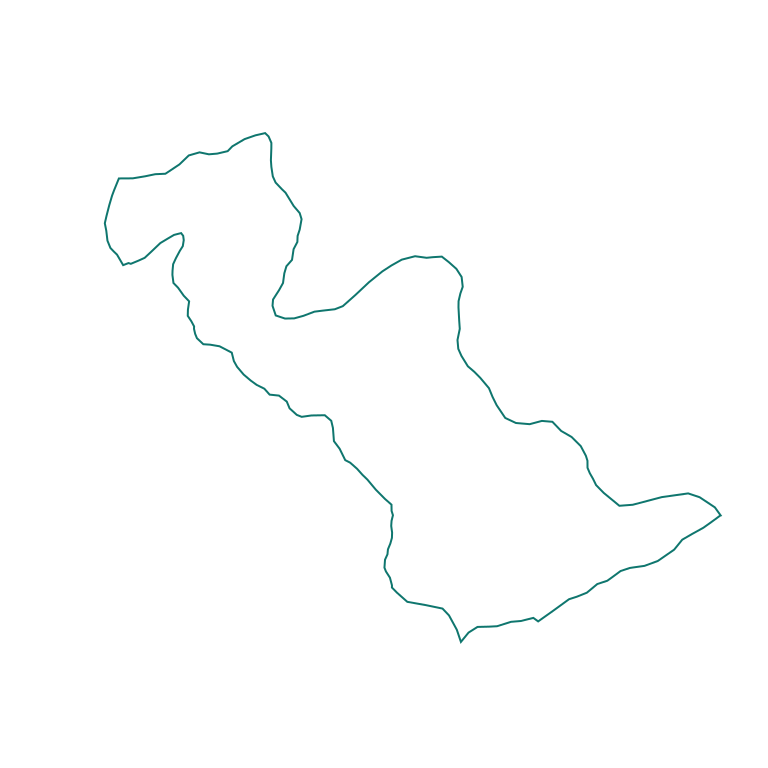 Shamakhi District, Şamaxı, Azerbaijan, rotated 134°
{"feature_id": "54616110B16651088424667", "entity_name": "Shamakhi District", "entity_type": "district", "adm_level": 2, "iso_a3": "AZE", "parent_name": "Azerbaijan", "parent_adm1": "Şamaxı", "projection": "equal_earth", "projection_center": [48.652, 40.629], "detail": "fine", "context": "isolated", "style": "outline", "palette": "teal", "viewbox_px": 768, "rotation_deg": 134, "n_neighbors": 0, "source": "geoboundaries", "source_scale": "gbopen_adm2", "svg_char_len": 2737}
<svg xmlns="http://www.w3.org/2000/svg" viewBox="0 0 768 768"><g transform="rotate(134 384 384)"><path d="M447.7,108.2L429.1,104.7L410.3,101.4L403.0,97.5L393.2,93.1L379.7,91.6L370.4,86.7L364.9,85.7L354.2,83.9L345.6,79.4L343.1,77.5L333.9,70.3L321.1,64.1L313.1,62.5L301.6,60.2L288.8,61.3L277.9,58.2L265.5,54.4L255.8,52.6L245.3,50.8L244.7,50.5L242.9,60.3L246.2,78.3L251.4,89.2L272.4,105.6L298.1,121.2L308.1,130.1L309.7,150.3L309.4,161.2L307.0,167.8L305.2,174.0L302.9,179.4L297.9,184.3L295.4,188.9L292.0,199.3L291.9,205.6L291.8,212.3L294.7,223.9L294.2,236.6L300.9,244.8L311.7,251.3L320.4,262.0L324.2,273.2L321.0,288.2L317.9,296.9L314.1,305.6L312.7,319.0L312.5,327.3L313.0,336.0L310.0,347.8L307.1,355.0L301.3,361.7L291.7,367.8L286.3,373.8L277.1,383.7L272.6,387.9L265.9,391.9L259.4,394.9L253.1,402.5L250.9,411.9L251.3,422.0L252.2,430.9L259.1,437.2L263.6,441.0L270.5,450.4L282.2,457.6L293.6,461.0L304.1,463.4L321.2,465.5L339.8,466.4L356.6,467.7L364.4,471.3L373.6,478.9L380.3,484.3L390.9,489.3L399.2,494.2L405.7,500.7L409.9,509.5L405.2,518.5L400.3,522.5L389.3,524.7L381.5,526.8L373.6,532.6L367.1,536.0L358.6,536.4L349.8,542.7L342.0,545.0L337.5,549.0L331.5,551.9L322.7,557.8L319.6,563.4L318.7,572.6L314.8,587.7L314.8,592.9L314.4,601.9L311.9,608.2L306.1,615.8L301.6,620.8L292.8,628.7L288.8,632.5L286.1,639.0L286.1,643.8L288.3,645.2L294.4,649.2L304.7,654.4L318.4,658.2L325.1,658.2L334.1,664.0L340.4,669.5L345.5,677.6L355.2,683.2L368.2,683.7L384.6,687.3L392.0,694.3L400.5,700.1L410.6,707.6L420.3,717.5L432.0,712.8L437.3,710.5L446.3,705.8L455.8,700.4L462.3,696.5L466.7,690.2L473.0,682.5L476.2,675.3L476.4,670.4L476.4,665.9L479.7,654.2L474.5,651.8L473.4,649.6L465.8,646.3L459.5,643.8L450.2,643.3L438.0,642.8L429.4,640.5L422.6,638.6L416.4,634.8L416.9,631.4L419.6,628.0L424.6,624.5L429.9,623.4L438.0,621.1L444.3,618.9L449.3,614.9L452.5,612.0L457.6,605.6L457.8,599.0L459.6,589.4L459.9,581.6L466.7,576.7L471.3,572.5L472.7,566.2L474.5,560.6L476.3,559.0L479.1,554.7L481.0,550.4L480.9,541.6L476.5,536.4L471.1,528.5L467.2,515.3L471.8,507.9L473.7,501.6L474.7,491.5L474.1,482.2L473.1,475.0L470.5,466.8L471.1,458.9L465.3,451.5L464.2,441.7L467.1,435.0L466.8,425.3L464.8,420.4L457.0,414.3L447.6,404.9L447.1,396.4L451.1,390.2L459.9,380.3L461.4,370.9L465.7,359.0L464.1,353.7L463.7,344.5L464.3,336.4L464.3,329.5L465.7,316.5L466.0,303.4L465.6,294.8L470.0,290.4L472.2,286.4L477.2,283.5L481.1,280.2L485.3,274.9L489.2,271.4L494.4,268.6L500.2,266.3L504.1,263.2L509.7,261.2L515.8,256.1L517.5,252.4L519.2,245.2L523.3,238.4L524.9,236.9L525.1,229.7L524.5,215.9L514.0,200.3L504.9,185.9L505.3,176.5L510.2,160.9L516.1,149.5L504.1,150.5L493.8,148.0L485.6,139.9L479.7,134.4L466.8,127.4L459.4,120.9L448.5,114.1L447.7,108.2Z" fill="none" stroke="#0f766e" stroke-width="2"/></g></svg>